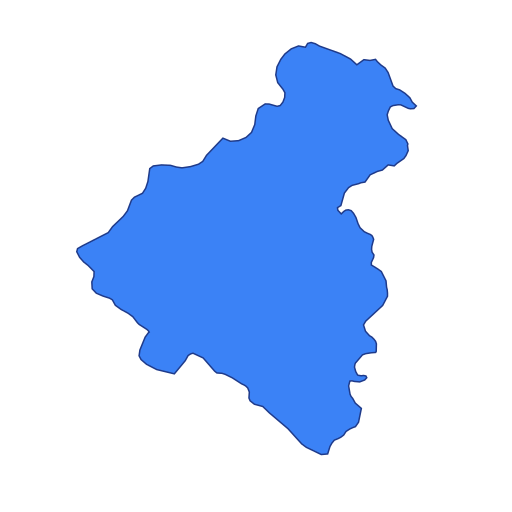 map outline of Portalegre (orthographic projection), rotated 263°
{"feature_id": "PRT-747", "entity_name": "Portalegre", "entity_type": "District", "adm_level": 1, "iso_a3": "PRT", "parent_name": "Portugal", "parent_adm1": "", "projection": "orthographic", "projection_center": [-7.639, 39.223], "detail": "fine", "context": "isolated", "style": "filled", "palette": "blue", "viewbox_px": 512, "rotation_deg": 263, "n_neighbors": 0, "source": "natural_earth", "source_scale": "10m", "svg_char_len": 2948}
<svg xmlns="http://www.w3.org/2000/svg" viewBox="0 0 512 512"><g transform="rotate(263 256 256)"><path d="M421.9,409.5L408.0,412.7L405.1,415.1L403.4,418.8L399.3,423.7L394.3,428.0L389.7,429.8L385.4,433.4L383.1,430.7L383.3,427.1L384.0,425.1L388.4,418.1L388.8,415.5L388.6,410.2L387.6,407.5L383.9,405.1L380.2,403.4L374.7,403.8L365.8,406.7L359.3,412.3L353.2,418.9L348.7,420.4L347.3,419.8L342.0,419.9L337.4,417.1L334.7,414.6L330.8,407.2L328.6,404.2L330.3,398.3L325.9,391.9L325.2,386.9L322.7,379.2L316.1,373.2L315.9,369.0L315.3,366.8L314.4,360.0L312.6,356.2L307.7,351.4L295.7,346.4L294.1,342.8L293.8,342.7L293.0,342.8L291.4,342.8L287.4,345.7L289.6,348.7L290.6,350.8L290.6,353.4L289.4,356.0L286.5,358.0L282.0,359.9L275.7,361.2L271.4,362.7L267.0,366.3L265.0,369.3L263.5,372.0L262.2,373.5L260.6,374.2L258.2,374.8L251.5,372.1L248.4,371.5L245.6,371.7L242.6,373.2L240.1,372.5L235.6,369.7L233.0,369.4L228.2,375.4L225.3,378.5L215.5,382.0L209.1,381.8L206.5,382.1L203.2,382.0L200.0,381.6L191.5,375.7L178.0,357.0L174.5,354.3L168.0,355.5L163.1,358.9L161.4,361.1L159.1,362.9L156.7,364.3L154.1,364.8L146.7,363.7L145.7,363.0L145.9,358.5L145.7,352.9L144.9,349.6L138.3,342.4L138.0,341.9L136.5,341.0L133.7,340.2L129.1,340.9L125.6,342.3L125.4,342.5L125.2,342.8L124.9,343.8L124.3,345.8L124.3,348.2L123.5,350.5L121.7,351.1L119.7,348.8L118.4,343.6L119.5,338.4L120.4,336.0L120.4,333.9L115.8,332.1L107.4,332.5L105.1,333.2L102.9,334.6L97.9,336.6L91.9,342.0L78.5,337.5L74.5,333.9L73.9,331.2L72.9,328.1L70.9,324.0L67.6,321.2L65.8,318.1L64.7,315.1L63.7,311.3L61.0,308.5L57.9,306.2L50.8,303.0L51.0,296.6L59.9,282.7L63.9,278.5L80.7,266.7L98.6,250.2L105.8,244.4L109.1,236.3L113.0,232.5L115.9,231.7L121.8,232.8L126.1,231.7L128.3,229.9L129.6,228.2L130.9,226.1L138.0,217.6L142.3,211.0L143.7,208.0L144.7,202.9L146.8,200.9L161.3,191.1L167.2,181.6L166.8,179.2L165.5,176.5L160.7,173.0L149.0,160.6L155.4,143.6L161.8,134.2L167.2,129.3L171.2,127.8L176.8,129.3L189.0,136.1L193.1,140.0L193.5,140.7L195.1,139.9L196.4,138.8L202.3,131.7L204.2,130.2L210.7,126.4L215.0,121.8L219.3,115.7L224.2,110.4L230.0,108.1L232.0,105.5L234.8,99.4L238.5,93.0L243.4,89.4L250.3,89.9L255.3,92.6L260.3,93.4L267.1,88.2L271.0,84.3L276.1,80.8L282.1,78.6L285.1,79.8L287.4,85.3L297.2,112.2L302.6,117.2L311.5,129.1L316.5,133.9L326.6,139.2L329.2,142.5L332.1,151.0L336.7,154.8L343.1,157.8L355.7,161.2L357.9,165.0L357.9,173.3L356.4,182.2L354.0,187.8L352.5,193.3L352.7,201.9L354.1,210.1L356.4,214.7L362.0,219.2L377.0,237.5L373.0,244.6L372.6,252.8L374.9,260.6L379.2,266.6L386.6,270.8L395.0,272.9L402.1,276.2L405.8,283.6L405.2,287.6L402.0,295.2L402.4,298.4L405.5,301.5L409.9,303.8L414.5,304.6L418.2,303.1L425.4,298.7L433.3,297.7L441.2,299.9L448.2,304.6L453.0,309.3L457.3,316.2L459.3,323.8L457.2,330.5L460.7,333.2L461.2,336.7L459.5,340.7L456.6,344.6L446.6,364.4L439.9,373.9L433.5,379.4L437.7,387.0L436.2,393.0L436.6,398.6L434.1,400.1L430.4,403.2L426.8,407.1L421.9,409.5Z" fill="#3b82f6" stroke="#1e3a8a" stroke-width="1.5"/></g></svg>